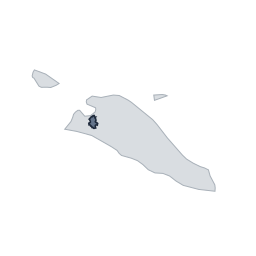 Lolotoe, Bobonaro, East Timor (highlighted), rotated 52°
{"feature_id": "22284137B16004980931012", "entity_name": "Lolotoe", "entity_type": "district", "adm_level": 2, "iso_a3": "TLS", "parent_name": "East Timor", "parent_adm1": "Bobonaro", "projection": "natural_earth1", "projection_center": [125.249, -9.146], "detail": "fine", "context": "in_parent", "style": "filled", "palette": "slate", "viewbox_px": 256, "rotation_deg": 52, "n_neighbors": 0, "source": "geoboundaries", "source_scale": "gbopen_adm2", "svg_char_len": 3345}
<svg xmlns="http://www.w3.org/2000/svg" viewBox="0 0 256 256"><g transform="rotate(52 128 128)"><path d="M90.0,178.6L87.8,169.0L85.5,164.9L83.7,162.5L83.1,159.6L83.2,156.6L84.3,155.2L92.1,154.8L95.2,149.9L95.1,144.0L93.6,142.0L92.1,141.1L84.0,145.6L81.7,144.8L80.3,143.2L80.8,136.6L87.4,130.4L93.0,119.3L97.0,114.9L106.2,110.7L109.9,109.5L136.7,103.4L143.1,103.0L160.1,103.1L182.9,101.8L188.5,101.0L195.8,98.3L202.8,94.9L206.6,92.3L210.5,90.4L216.3,92.8L226.3,94.6L228.9,96.2L231.4,98.4L219.9,110.1L207.2,119.8L199.4,122.8L191.4,124.8L185.2,128.5L180.0,134.4L173.4,137.7L165.9,138.8L159.6,140.6L153.8,144.0L145.7,150.0L142.5,150.6L139.0,150.4L132.3,152.7L111.6,161.2L99.0,170.6L90.0,178.6ZM24.6,166.0L34.8,159.7L50.5,154.9L50.1,158.4L48.5,164.0L46.1,166.6L42.5,171.3L40.2,172.4L30.8,171.4L29.6,172.0L28.0,171.5L25.6,168.5L24.6,166.0ZM126.7,77.4L122.5,90.1L117.9,87.4L122.8,80.3L125.1,78.2L126.7,77.4Z" fill="#d9dde1" stroke="#a8b0b8" stroke-width="1"/><path d="M99.5,146.7L99.4,146.8L99.4,147.0L99.2,147.3L98.9,147.6L98.7,147.6L98.4,147.6L98.2,147.5L98.2,147.3L98.1,147.2L97.9,147.2L97.7,147.1L97.5,146.9L97.4,146.9L97.2,146.9L97.1,147.0L97.1,147.3L97.0,147.5L97.0,147.9L96.9,147.9L96.9,148.0L97.0,148.0L96.9,148.4L96.9,148.5L96.7,148.6L96.8,148.9L96.8,149.0L97.0,149.1L97.0,149.3L97.1,149.5L96.8,149.6L96.7,149.6L96.5,149.8L96.6,150.0L96.6,149.9L96.6,150.0L96.6,150.4L96.7,150.7L96.7,150.8L96.8,150.9L96.9,151.0L96.8,151.3L96.9,151.5L97.0,151.5L97.0,151.8L97.1,152.0L97.0,152.3L96.9,152.4L96.9,152.5L97.0,152.7L97.0,152.9L97.1,153.1L97.3,152.9L97.5,152.8L97.7,153.0L98.1,153.2L98.3,153.2L98.4,153.3L98.5,153.3L98.8,153.4L99.1,153.4L99.3,153.5L99.5,153.6L99.8,153.7L100.0,153.8L100.1,154.0L100.3,154.1L100.3,154.3L100.4,154.5L100.3,154.8L100.2,154.9L100.2,155.0L100.1,155.3L100.0,155.6L100.0,155.8L100.1,156.0L100.4,156.1L100.5,156.2L100.8,156.2L100.9,156.3L101.0,156.4L101.0,156.2L101.3,156.1L101.5,156.4L101.5,156.5L101.8,156.5L101.9,156.4L102.0,156.2L102.4,156.0L102.5,156.0L102.6,155.9L102.9,156.1L103.0,156.1L103.2,156.3L103.3,156.3L103.4,156.2L103.5,156.2L103.5,155.9L103.8,155.7L104.0,155.6L104.3,155.7L104.5,155.7L104.7,155.8L104.8,155.8L104.9,156.0L105.0,156.0L105.0,155.9L105.3,155.6L105.5,155.5L105.6,155.4L105.9,155.2L106.0,155.2L106.1,155.3L106.1,155.5L106.2,155.4L106.3,155.2L106.5,155.2L106.7,155.3L106.9,155.4L107.0,155.4L107.2,155.2L107.3,155.1L107.5,154.8L107.6,154.7L107.6,154.4L107.6,154.2L107.8,154.0L107.8,153.9L108.1,153.6L107.9,153.5L107.9,153.4L107.7,153.4L107.5,153.2L107.4,153.2L107.2,153.0L106.9,152.9L106.7,152.9L106.5,152.7L106.3,152.7L106.2,152.6L106.1,152.4L105.9,152.3L105.8,152.1L105.8,151.9L105.8,151.6L105.8,151.4L106.0,151.2L106.3,151.0L106.4,150.9L106.5,150.7L106.5,150.4L106.8,150.3L106.7,150.2L106.4,150.1L106.2,150.1L106.1,149.8L106.0,149.7L106.0,149.2L105.8,149.1L105.7,149.2L105.4,149.2L105.4,149.3L105.2,149.4L104.8,149.2L104.7,149.2L104.6,149.3L104.5,149.5L104.4,149.5L104.2,149.7L103.9,149.7L103.7,149.7L103.6,149.8L103.5,150.0L103.4,150.0L103.4,149.9L103.2,149.8L102.9,149.8L102.9,149.7L102.8,149.4L102.7,149.4L102.6,149.2L102.5,148.9L102.4,148.9L102.2,148.8L102.2,148.7L102.1,148.4L101.9,148.3L101.6,148.2L101.4,148.1L101.2,147.9L100.9,147.8L100.7,147.8L100.4,147.8L100.2,147.8L99.8,147.9L99.6,147.6L99.6,147.4L99.5,146.7L99.5,146.7Z" fill="#64748b" stroke="#1e293b" stroke-width="1.5"/></g></svg>